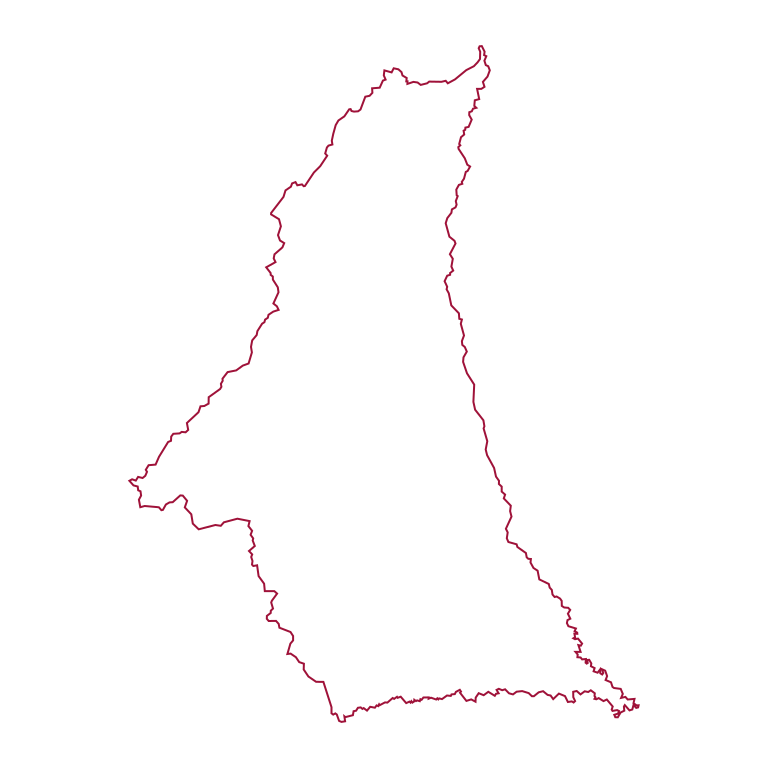 outline of Uribe, Meta, Colombia
{"feature_id": "7082276B13422583014597", "entity_name": "Uribe", "entity_type": "district", "adm_level": 2, "iso_a3": "COL", "parent_name": "Colombia", "parent_adm1": "Meta", "projection": "mercator", "projection_center": [-74.312, 3.147], "detail": "fine", "context": "isolated", "style": "outline", "palette": "rose", "viewbox_px": 768, "rotation_deg": 0, "n_neighbors": 0, "source": "geoboundaries", "source_scale": "gbopen_adm2", "svg_char_len": 6079}
<svg xmlns="http://www.w3.org/2000/svg" viewBox="0 0 768 768"><path d="M129.4,480.8L133.5,485.4L137.7,486.5L138.2,490.3L140.5,491.3L141.1,495.6L138.9,499.7L140.3,507.2L144.7,506.0L157.2,507.1L158.9,507.3L161.4,510.2L162.9,509.9L165.9,504.5L169.5,502.4L172.7,502.2L180.3,495.4L182.8,495.6L187.1,500.8L184.8,507.4L191.3,514.3L192.8,523.6L198.7,529.3L215.4,525.0L220.8,525.8L223.9,522.3L237.4,518.7L249.6,521.1L248.4,526.1L252.1,530.8L250.6,534.8L253.2,538.4L252.7,540.5L254.8,546.0L249.0,551.0L252.2,554.4L251.2,557.0L252.5,561.0L252.0,564.6L253.3,566.0L257.1,565.3L258.6,576.1L264.1,583.7L264.8,591.1L274.3,591.1L277.1,593.6L271.9,600.7L271.2,602.5L273.0,608.6L270.8,610.7L270.7,613.0L266.9,615.9L266.8,618.8L268.7,621.0L276.0,620.9L278.7,623.9L279.4,627.7L290.5,632.0L293.1,636.0L293.1,640.4L290.4,643.6L287.4,654.0L290.6,653.6L295.9,657.2L299.2,662.1L303.9,663.7L303.7,669.5L308.4,676.5L316.1,681.8L323.4,681.9L331.5,707.2L331.5,713.3L333.2,714.6L335.3,713.4L336.8,714.5L339.1,720.9L341.5,721.9L345.1,721.3L344.4,716.3L345.4,717.1L352.9,715.2L353.6,711.2L356.1,710.7L357.9,707.8L360.7,707.4L362.4,708.9L363.7,708.1L367.0,710.6L370.2,706.8L374.9,707.7L376.6,705.4L378.2,706.1L379.1,704.3L379.7,705.2L385.0,702.4L387.4,702.6L392.7,698.0L394.1,698.9L397.0,696.8L397.7,697.8L400.7,696.7L406.2,703.1L409.5,701.6L410.5,702.6L411.4,701.2L412.4,702.6L414.1,701.5L414.3,699.8L416.0,701.1L417.1,700.4L419.8,701.2L420.4,699.2L421.6,699.8L423.4,697.5L428.7,697.4L428.6,698.7L431.0,697.7L436.2,699.5L437.3,698.3L438.3,699.4L439.2,698.4L442.0,699.1L447.0,695.5L450.8,695.9L451.5,694.4L454.8,694.1L455.9,691.9L459.8,689.8L461.0,691.6L460.0,692.7L466.4,700.9L471.2,699.4L475.5,701.7L475.7,697.6L478.7,693.2L483.7,695.2L488.3,691.8L494.8,695.8L496.0,693.8L498.6,693.3L496.6,689.9L498.8,688.8L502.2,690.2L505.1,689.3L509.0,693.3L513.0,694.4L516.6,691.7L522.2,691.1L528.7,693.1L531.9,696.2L533.9,696.2L538.7,692.3L543.1,691.2L547.6,694.9L550.6,695.5L553.2,699.1L558.9,693.6L565.0,696.1L567.9,702.0L571.8,701.4L573.6,702.5L575.1,701.1L573.3,697.2L573.2,691.8L576.7,691.0L580.5,694.4L584.7,691.3L588.2,692.0L590.8,690.3L594.8,693.3L594.5,696.0L595.5,697.3L594.5,698.8L596.3,699.3L598.7,698.1L603.5,701.1L606.8,699.5L612.7,706.5L611.7,709.6L612.5,710.9L617.1,710.1L619.0,711.0L618.1,713.6L614.3,714.8L615.3,717.2L617.8,717.3L620.6,712.5L624.3,710.7L623.9,706.6L624.8,705.1L629.5,710.4L632.3,709.5L633.5,705.0L636.2,707.9L638.1,707.4L638.6,705.3L636.6,705.4L633.5,703.2L634.5,698.9L627.7,699.5L625.4,696.9L621.1,697.9L622.8,693.9L620.7,688.9L614.0,688.0L612.5,686.9L611.0,682.3L605.6,680.0L607.1,676.1L605.2,670.7L601.7,669.1L603.3,673.0L602.2,674.5L600.3,673.3L600.0,669.6L597.6,672.7L593.6,671.3L594.6,668.1L590.9,666.2L591.3,663.4L589.2,659.8L587.2,660.0L587.7,663.0L586.7,663.6L585.6,662.7L585.9,659.0L582.1,659.4L580.6,657.5L577.4,657.2L577.7,654.5L575.5,651.9L580.6,651.9L578.4,645.1L580.8,645.7L582.1,643.6L578.0,638.6L575.0,639.2L573.4,638.3L575.1,637.3L574.4,633.7L577.3,633.8L577.2,632.6L574.6,631.2L575.9,628.5L568.4,626.2L566.9,623.1L567.5,620.1L570.3,618.7L567.9,613.7L570.2,609.9L568.2,607.8L564.2,607.5L561.8,605.9L561.7,600.9L560.1,598.6L556.6,596.5L554.6,597.0L552.5,594.5L551.8,589.9L549.7,587.6L548.8,584.0L539.3,579.4L537.6,570.7L533.5,568.0L530.5,562.5L530.9,559.0L528.3,558.8L526.7,557.3L525.9,553.0L517.4,547.0L516.6,544.3L508.4,542.0L506.8,538.3L507.7,532.4L505.9,528.8L511.5,516.6L510.1,511.1L510.8,505.7L503.8,498.4L505.1,494.6L501.7,491.6L501.7,486.6L498.9,484.0L499.0,480.8L496.0,476.6L494.1,468.0L487.1,455.2L485.7,449.5L487.3,441.2L483.6,428.4L484.4,426.3L483.4,420.3L475.1,409.7L473.4,401.9L474.2,384.6L467.0,373.3L463.1,361.9L463.5,357.3L466.8,351.6L464.8,347.0L462.3,344.9L461.9,341.1L464.0,335.5L460.8,323.8L461.9,319.5L459.3,318.8L458.9,313.3L451.3,305.4L448.8,293.3L446.6,289.3L447.2,286.8L444.6,281.2L447.2,275.7L450.1,274.8L450.1,273.0L453.2,270.6L451.4,266.6L452.8,258.8L449.9,254.2L455.5,243.5L454.5,240.8L449.4,236.7L445.7,223.2L447.3,218.1L451.4,212.8L451.9,209.4L455.5,207.4L456.6,204.7L455.8,201.1L457.7,196.1L456.7,195.3L456.3,189.6L458.9,184.9L462.3,183.8L461.8,181.9L464.0,178.7L465.8,171.9L467.6,171.0L470.1,166.5L467.3,164.7L464.8,158.3L458.6,148.9L458.3,147.1L460.3,145.3L459.2,144.0L461.0,137.2L464.2,134.5L463.6,130.7L465.2,129.8L465.4,127.6L468.6,126.9L471.7,119.6L469.2,115.1L469.3,112.2L471.8,111.3L473.0,108.7L476.3,107.8L474.3,105.9L474.8,100.3L479.2,99.1L477.1,88.9L481.3,88.9L484.5,86.8L482.9,81.9L487.5,76.6L489.8,70.3L488.2,66.2L485.8,65.1L484.4,60.7L486.3,56.2L484.1,55.1L484.6,51.7L481.8,46.1L479.6,46.3L478.7,48.2L480.2,51.7L480.0,59.0L477.6,62.3L473.9,66.2L466.3,70.1L455.0,79.4L447.8,83.3L445.7,80.8L441.5,81.8L429.2,81.6L427.1,83.3L420.7,84.9L417.6,82.5L413.4,81.9L407.4,83.9L407.5,81.3L406.3,81.3L406.7,78.0L402.5,75.5L401.5,72.1L398.4,69.3L393.7,68.3L391.6,72.4L384.4,70.4L383.8,75.4L385.6,79.6L382.9,80.6L379.7,87.7L372.1,88.3L372.4,92.8L369.6,95.8L365.3,96.7L360.5,109.5L358.1,111.3L354.0,111.6L351.5,111.0L350.6,109.1L349.2,109.3L344.4,116.3L338.4,120.5L335.7,125.1L333.3,133.7L331.8,140.7L332.4,144.5L328.5,145.6L326.9,147.5L325.2,153.5L327.2,155.7L320.2,166.2L313.9,172.5L304.9,186.0L303.7,186.2L302.0,184.4L297.3,185.3L295.5,182.1L292.1,183.4L290.9,186.7L285.5,190.4L283.5,196.9L271.1,213.0L271.1,214.4L279.0,219.2L280.9,226.3L278.0,235.1L280.0,240.5L284.2,243.1L282.4,247.4L274.5,254.3L273.7,258.4L275.5,262.1L266.2,267.3L270.6,273.0L270.7,274.9L272.8,276.5L272.9,279.6L277.8,287.3L278.5,292.3L273.4,303.5L276.9,306.3L278.6,309.9L273.3,311.6L268.5,314.8L267.8,317.8L265.1,319.6L264.4,322.2L262.1,323.7L257.4,331.1L256.7,335.0L252.2,340.4L251.0,346.9L251.9,352.4L248.6,363.5L242.8,365.6L236.2,370.4L227.6,372.1L222.5,378.7L222.7,380.8L220.9,383.8L221.4,386.8L220.1,389.0L208.7,397.2L208.6,403.6L204.3,406.0L200.5,406.3L198.5,412.2L186.9,423.0L188.2,429.9L185.6,432.3L181.7,431.9L179.6,433.4L173.3,433.8L171.2,436.6L171.0,440.8L168.1,442.0L159.0,456.8L155.6,464.6L148.6,465.2L145.8,469.8L147.0,471.8L145.3,475.8L142.6,478.0L138.1,476.9L135.8,480.6L132.1,479.3L129.4,480.8Z" fill="none" stroke="#9f1239" stroke-width="2"/></svg>